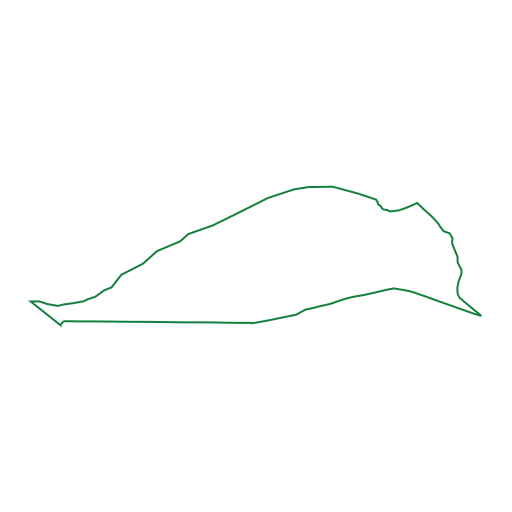 outline of Chimbas, San Juan, Argentina
{"feature_id": "61730980B27264787590241", "entity_name": "Chimbas", "entity_type": "district", "adm_level": 2, "iso_a3": "ARG", "parent_name": "Argentina", "parent_adm1": "San Juan", "projection": "orthographic", "projection_center": [-68.525, -31.484], "detail": "fine", "context": "isolated", "style": "outline", "palette": "green", "viewbox_px": 512, "rotation_deg": 0, "n_neighbors": 0, "source": "geoboundaries", "source_scale": "gbopen_adm2", "svg_char_len": 1650}
<svg xmlns="http://www.w3.org/2000/svg" viewBox="0 0 512 512"><path d="M481.3,315.8L463.8,301.4L459.5,297.7L457.7,293.9L457.4,290.4L457.4,287.6L458.7,281.1L460.3,276.9L460.7,275.7L461.6,273.2L461.4,269.8L457.7,262.6L457.5,258.1L457.4,256.4L454.2,248.8L452.1,243.2L452.4,237.9L449.4,233.2L443.6,231.2L441.5,228.5L439.8,226.1L438.0,223.3L431.8,216.5L423.0,208.6L417.2,203.0L407.0,207.5L398.8,210.4L390.2,211.4L388.7,210.9L387.1,210.0L385.1,209.8L383.1,209.3L382.1,208.3L381.1,206.6L379.8,205.3L378.6,204.8L377.9,203.7L377.6,201.9L376.0,199.6L358.1,193.6L332.6,186.7L308.1,187.1L293.6,189.5L277.8,194.7L274.4,195.9L267.9,198.0L238.0,213.0L212.6,225.5L206.9,227.5L188.3,234.1L180.1,241.4L171.0,245.2L157.0,251.1L142.8,263.8L128.3,271.2L121.4,274.7L111.5,287.4L104.3,290.3L95.2,296.8L88.0,299.1L84.2,301.0L83.9,301.2L73.7,303.1L63.5,304.5L57.9,305.9L46.6,303.9L41.9,302.2L38.9,301.4L30.7,301.5L60.6,325.3L60.6,325.1L60.7,324.7L60.8,324.5L61.0,324.3L61.3,323.8L61.7,323.4L62.6,322.4L63.4,321.7L64.6,321.3L65.6,321.2L72.1,321.3L77.9,321.4L94.5,321.4L112.9,321.6L121.1,321.7L130.7,321.8L152.0,321.9L165.0,322.1L179.7,322.3L190.3,322.3L198.4,322.3L201.3,322.4L201.5,322.4L208.0,322.4L211.1,322.4L219.6,322.6L232.4,322.8L244.5,322.9L249.4,322.9L252.5,323.2L267.4,320.6L286.3,316.7L291.2,315.7L296.1,314.7L297.5,314.0L300.7,312.2L305.5,309.6L314.7,307.6L315.1,307.5L318.5,306.5L330.3,303.9L341.7,299.9L344.5,299.0L350.3,297.5L355.0,296.5L363.5,295.1L372.5,293.1L380.7,291.2L387.2,289.7L390.7,289.0L392.1,288.7L393.8,288.4L408.5,290.9L412.4,292.0L425.1,296.3L436.8,300.6L441.4,302.2L474.5,313.9L481.3,315.8Z" fill="none" stroke="#15803d" stroke-width="2"/></svg>